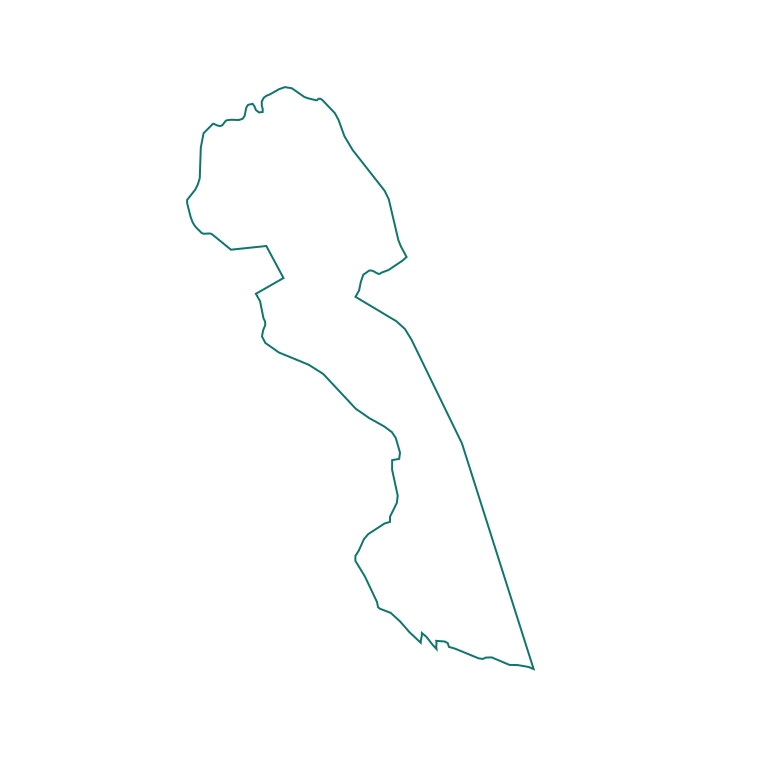 SVG path tracing the border of Negros Occidental, rotated 312°
{"feature_id": "PHL-2518", "entity_name": "Negros Occidental", "entity_type": "Province", "adm_level": 1, "iso_a3": "PHL", "parent_name": "Philippines", "parent_adm1": "", "projection": "equal_earth", "projection_center": [123.001, 10.217], "detail": "fine", "context": "isolated", "style": "outline", "palette": "teal", "viewbox_px": 768, "rotation_deg": 312, "n_neighbors": 0, "source": "natural_earth", "source_scale": "10m", "svg_char_len": 1832}
<svg xmlns="http://www.w3.org/2000/svg" viewBox="0 0 768 768"><g transform="rotate(312 384 384)"><path d="M272.3,685.9L270.4,680.7L264.5,671.3L259.2,665.2L252.9,647.0L248.9,642.8L245.8,641.4L243.4,637.8L234.8,613.7L232.1,608.2L234.1,604.7L233.3,601.5L228.1,594.7L226.6,596.4L223.7,598.6L222.2,600.3L222.7,594.7L224.5,584.6L224.3,578.8L222.7,580.2L218.1,583.0L216.3,584.4L216.6,569.0L218.3,554.8L218.4,542.1L214.2,531.2L214.2,528.8L217.3,524.7L228.3,498.3L233.4,481.1L237.1,477.8L243.1,476.8L255.3,472.9L261.8,472.7L280.7,477.7L285.5,480.7L289.6,477.2L304.2,473.1L310.2,468.9L325.7,447.4L332.9,441.0L338.5,445.4L343.7,441.8L351.7,429.0L353.5,422.1L352.6,412.5L348.8,396.0L346.7,379.6L350.8,332.1L347.9,315.1L337.1,284.9L335.1,268.4L337.7,261.5L343.1,258.2L348.4,256.3L350.8,253.9L352.3,250.3L362.6,236.5L365.3,228.4L395.5,238.4L407.8,204.2L381.4,180.4L380.2,155.8L379.3,153.8L375.1,149.6L374.2,147.6L374.6,139.7L375.2,136.5L376.3,133.2L378.7,128.6L386.6,116.8L389.1,114.5L402.1,113.7L407.8,112.1L413.6,109.4L437.2,89.6L449.7,82.1L463.0,82.8L463.7,84.2L464.5,86.9L465.9,89.5L467.9,90.7L473.3,90.3L474.8,90.7L478.0,93.5L483.1,99.5L486.6,101.5L490.0,101.0L497.3,96.7L500.5,96.2L504.3,98.9L503.7,101.9L501.9,105.4L502.2,109.4L504.9,111.8L507.0,110.1L509.2,106.8L512.2,104.1L516.4,103.1L519.6,103.8L522.6,105.3L532.8,108.7L538.3,111.7L542.1,117.6L544.0,132.8L545.5,136.4L549.5,143.8L550.3,144.4L551.4,144.4L552.5,144.7L553.5,146.1L553.8,148.2L552.4,166.2L549.8,173.6L541.7,188.7L536.9,204.2L528.0,255.2L524.5,263.9L500.4,298.6L497.5,304.6L493.5,315.8L488.1,315.2L471.8,311.1L464.8,307.5L463.3,307.2L462.2,306.4L461.4,303.7L461.0,301.6L460.5,299.9L459.7,298.4L458.4,297.1L451.3,295.5L444.1,298.6L436.8,302.9L429.7,304.5L438.9,351.1L438.9,362.6L435.3,374.9L392.0,481.7L272.3,685.9Z" fill="none" stroke="#0f766e" stroke-width="2"/></g></svg>